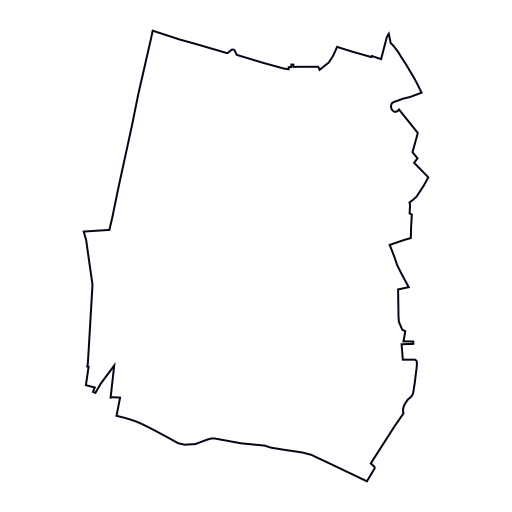 Sayyida Zainab, Al Qahirah, Egypt (Equal Earth projection)
{"feature_id": "37247803B41278628102289", "entity_name": "Sayyida Zainab", "entity_type": "district", "adm_level": 2, "iso_a3": "EGY", "parent_name": "Egypt", "parent_adm1": "Al Qahirah", "projection": "equal_earth", "projection_center": [31.246, 30.03], "detail": "fine", "context": "isolated", "style": "outline", "palette": "ink", "viewbox_px": 512, "rotation_deg": 0, "n_neighbors": 0, "source": "geoboundaries", "source_scale": "gbopen_adm2", "svg_char_len": 2344}
<svg xmlns="http://www.w3.org/2000/svg" viewBox="0 0 512 512"><path d="M152.7,30.7L150.8,39.6L147.6,53.5L138.2,94.6L131.7,126.7L118.3,188.2L112.3,217.5L109.4,229.9L84.7,231.5L84.2,231.5L83.7,231.6L86.2,240.2L87.3,248.3L92.5,284.7L88.7,349.5L87.8,363.9L87.2,366.5L87.9,366.6L88.2,366.6L88.6,366.7L85.9,385.2L94.8,387.5L93.9,389.6L93.0,391.9L95.4,392.9L100.7,383.7L114.2,365.5L110.6,397.6L111.9,397.4L113.2,397.2L120.1,397.6L116.5,415.8L125.2,418.0L130.8,419.7L135.6,421.3L141.1,423.6L147.2,426.6L156.3,431.3L157.6,432.0L158.9,432.7L168.2,437.7L178.3,443.3L184.7,444.7L195.2,444.1L207.0,439.7L211.1,438.5L212.6,438.5L214.2,438.4L240.9,443.3L264.7,445.6L267.9,446.7L270.4,447.5L273.1,448.0L282.9,449.6L302.4,452.5L311.2,454.8L311.9,455.1L312.5,455.4L317.5,457.8L332.6,464.9L366.9,481.3L372.8,471.5L374.7,468.3L374.6,467.6L374.5,466.9L370.8,463.4L394.1,427.0L403.4,413.5L403.0,411.1L403.1,410.3L403.2,408.4L404.0,405.8L405.3,403.2L407.2,400.4L408.2,399.2L408.8,398.7L409.8,398.0L411.9,395.8L412.5,394.6L413.1,393.4L414.7,383.3L416.8,366.2L416.9,362.2L416.3,360.6L415.0,359.7L402.8,359.7L401.6,344.3L402.6,344.2L413.3,343.9L413.3,341.5L403.5,341.4L405.3,331.2L403.7,330.4L402.2,329.6L398.9,321.9L398.7,319.3L398.5,316.8L398.1,289.4L408.7,287.2L406.3,282.7L402.0,274.7L397.3,265.5L394.0,255.9L389.7,244.9L404.0,240.0L410.8,238.1L411.1,227.1L411.8,214.5L410.7,214.0L409.6,213.4L410.0,206.4L410.1,205.3L409.8,203.9L409.5,202.5L412.8,200.0L416.5,196.7L424.0,185.2L428.3,177.3L414.1,162.8L417.5,158.3L412.5,152.2L417.8,133.0L399.0,109.5L397.9,110.8L397.5,111.0L396.8,111.5L395.8,111.8L394.2,111.7L393.2,111.0L391.9,109.7L391.3,108.3L391.0,106.8L391.2,105.1L391.7,103.5L393.0,102.4L394.7,101.7L397.3,100.8L403.3,98.6L409.7,97.1L421.6,92.7L417.0,83.4L414.0,77.8L409.5,70.3L406.0,64.3L401.3,57.2L398.2,52.0L393.3,45.6L392.5,44.8L392.2,44.5L390.7,43.1L389.9,39.3L388.8,33.8L388.0,35.0L386.9,36.8L381.1,59.1L371.8,56.0L371.6,56.5L371.4,57.1L351.4,51.4L337.1,46.9L333.2,55.6L328.9,62.4L319.6,69.8L318.9,68.3L318.3,66.8L298.9,66.8L293.5,66.9L293.4,65.9L293.3,64.6L291.5,64.5L291.2,66.3L291.1,67.1L289.7,67.1L288.7,67.1L288.7,67.6L288.6,69.3L286.1,68.9L284.0,68.6L263.3,62.9L236.8,54.9L234.5,50.2L233.0,49.5L231.7,49.7L228.8,52.1L228.0,52.8L227.3,52.9L226.6,53.0L209.6,48.0L195.5,43.9L179.6,39.5L152.7,30.7Z" fill="none" stroke="#020617" stroke-width="2"/></svg>